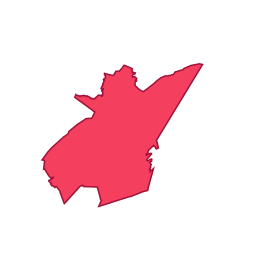 outline of San Luis Amatlán, Oaxaca, Mexico, rotated 48°
{"feature_id": "50627088B42859647725338", "entity_name": "San Luis Amatlán", "entity_type": "district", "adm_level": 2, "iso_a3": "MEX", "parent_name": "Mexico", "parent_adm1": "Oaxaca", "projection": "equal_earth", "projection_center": [-96.504, 16.471], "detail": "fine", "context": "isolated", "style": "filled", "palette": "rose", "viewbox_px": 256, "rotation_deg": 48, "n_neighbors": 0, "source": "geoboundaries", "source_scale": "gbopen_adm2", "svg_char_len": 5463}
<svg xmlns="http://www.w3.org/2000/svg" viewBox="0 0 256 256"><g transform="rotate(48 128 128)"><path d="M80.4,121.2L80.9,121.7L81.2,121.7L81.7,121.5L82.1,120.3L82.3,120.1L82.8,120.4L82.9,120.5L82.6,121.0L82.4,121.4L82.2,121.8L82.6,122.6L82.9,122.8L83.4,122.4L83.6,122.2L83.9,122.2L84.3,122.6L84.4,122.8L84.9,123.3L85.4,123.5L85.6,123.7L85.7,123.9L85.8,124.1L85.7,124.4L85.9,124.7L86.4,124.8L86.8,124.9L87.0,125.1L86.9,125.9L86.8,126.3L86.7,126.4L86.1,126.2L85.8,126.2L85.4,126.4L85.2,126.8L84.0,127.7L83.7,128.0L83.8,129.4L83.9,130.5L83.8,131.2L83.7,131.5L83.8,131.8L83.7,132.3L83.8,132.6L83.9,133.0L83.9,134.0L83.3,134.1L82.9,134.2L82.4,134.6L82.3,135.0L81.9,135.4L81.6,135.7L81.3,135.7L81.2,135.5L80.8,136.1L80.7,136.2L80.0,136.0L79.8,135.8L79.6,135.9L79.4,136.0L79.2,136.1L78.8,136.1L78.6,136.1L78.3,136.2L78.0,136.6L77.9,136.5L77.7,136.6L77.5,137.1L77.4,137.2L77.1,137.4L76.9,137.4L76.6,137.1L76.5,137.3L76.3,137.7L76.0,137.9L75.6,138.1L75.3,138.4L75.0,138.4L74.9,138.5L74.7,138.8L74.3,139.0L74.0,139.3L74.2,139.6L73.7,140.0L73.4,140.5L73.3,140.8L72.9,141.0L72.3,142.0L72.4,142.3L72.4,142.6L72.2,142.6L71.8,142.5L71.7,142.5L71.5,142.9L71.0,143.4L70.4,143.3L69.7,143.8L69.4,144.2L69.2,144.6L68.8,144.6L68.7,144.7L68.4,144.6L69.6,147.0L72.6,146.4L75.2,145.9L82.9,144.2L83.2,144.2L83.6,144.1L85.3,143.7L85.9,143.6L88.4,143.1L88.7,143.0L90.8,142.6L91.9,142.5L93.9,141.9L94.4,143.3L95.6,146.1L96.6,148.4L95.1,150.2L94.9,150.4L93.1,152.7L92.9,153.3L92.7,155.3L92.5,156.6L92.2,158.4L92.0,159.6L91.5,163.2L91.4,163.6L91.5,163.7L91.4,164.4L91.0,174.2L92.0,176.0L92.1,177.3L92.1,177.8L92.1,178.3L92.0,178.9L92.0,179.5L92.0,179.8L91.8,180.1L91.8,180.6L91.6,181.0L91.6,198.3L92.1,202.7L92.1,203.2L92.2,203.8L92.4,204.4L92.5,205.1L92.6,205.7L92.7,205.9L94.1,212.8L94.2,213.2L94.3,213.1L94.4,212.6L94.5,212.5L95.1,212.4L95.1,212.5L95.2,212.8L95.2,213.3L95.3,212.9L95.2,212.4L95.3,212.3L95.4,212.1L95.7,212.0L96.0,211.9L96.5,212.0L97.3,212.4L97.8,213.1L97.9,213.5L102.2,218.3L102.5,217.7L102.8,217.3L104.7,217.9L105.5,217.9L106.5,218.2L110.9,218.9L113.5,218.9L113.6,218.5L114.0,218.2L114.1,217.7L114.2,217.2L114.3,216.8L114.6,216.6L114.9,217.6L115.0,218.2L115.0,218.9L114.9,219.5L114.8,220.1L114.4,220.9L114.0,222.0L114.6,222.4L116.4,222.4L117.0,222.1L117.7,222.1L117.9,222.9L118.9,223.0L119.0,223.1L119.3,223.2L119.4,223.3L119.6,223.3L119.6,223.2L119.8,223.2L120.1,223.0L120.3,222.9L120.5,222.8L120.7,222.6L120.8,222.6L121.1,222.4L122.0,222.4L122.3,222.3L122.5,222.2L122.7,221.9L123.0,222.0L123.4,222.0L123.4,221.3L123.4,220.9L123.4,220.6L123.5,220.4L129.5,220.8L130.1,221.4L141.4,225.9L141.6,225.9L140.2,212.0L139.8,207.8L139.2,203.0L140.1,200.1L141.7,200.3L151.3,190.3L158.1,193.7L161.5,195.5L162.5,196.1L164.0,196.4L166.7,202.2L171.7,191.4L172.0,190.4L179.8,173.3L180.1,172.8L180.3,172.4L180.9,171.5L181.9,168.7L185.4,159.3L186.6,157.1L187.0,156.2L187.3,155.4L187.6,155.2L187.4,154.7L187.1,154.8L175.2,136.2L175.2,140.4L175.0,140.1L174.8,139.8L174.6,139.7L174.2,139.5L174.0,139.4L173.8,139.8L173.5,139.8L173.1,139.7L172.8,139.4L172.8,139.2L172.7,138.2L172.6,137.9L172.4,137.7L172.3,137.4L171.3,136.6L171.0,136.1L170.9,135.9L170.9,135.6L170.9,135.4L170.7,135.1L167.9,135.0L168.1,134.0L168.3,133.4L168.5,132.9L168.5,132.6L168.4,132.5L168.2,132.3L167.8,132.1L167.6,131.9L167.3,131.4L167.1,131.1L166.8,131.2L166.6,131.5L166.4,132.1L166.2,132.5L166.0,133.6L166.0,134.1L165.8,134.5L165.6,134.9L165.3,135.6L164.0,135.3L163.0,127.8L162.7,127.7L162.1,127.9L161.8,128.2L161.6,128.6L161.5,129.0L161.2,130.0L160.8,131.0L160.7,132.0L160.6,132.3L160.5,132.5L160.4,132.6L160.2,132.6L159.8,132.0L159.6,131.4L159.6,130.9L159.6,130.3L159.7,130.2L159.6,129.8L159.5,129.5L159.4,129.3L159.1,129.1L158.6,128.5L158.6,128.2L158.5,127.9L158.3,127.3L158.1,120.7L158.7,121.0L159.0,120.9L159.4,120.5L159.8,120.4L160.1,120.3L160.3,120.4L160.6,120.6L161.0,120.8L161.6,120.9L162.0,121.0L162.3,121.0L162.6,120.9L162.7,120.7L162.7,120.2L162.8,119.7L162.9,119.1L163.0,118.8L163.1,118.7L159.6,116.8L157.3,115.5L157.1,115.5L156.2,115.1L130.7,30.1L128.1,32.0L123.7,39.3L121.4,46.1L121.3,46.4L121.2,46.7L121.3,47.0L121.4,47.3L121.4,47.6L121.6,47.8L117.9,55.5L118.6,58.4L117.8,59.8L117.6,60.3L117.4,60.8L117.3,61.4L117.0,61.7L116.6,62.1L116.4,62.5L116.4,63.1L116.1,63.5L115.7,64.0L115.3,64.2L115.0,64.5L114.7,65.0L114.3,65.3L114.1,65.8L113.9,66.2L112.7,70.0L112.2,74.7L112.3,78.7L111.8,86.3L111.7,87.5L111.2,92.4L107.3,93.8L106.2,93.9L105.6,94.0L104.4,94.1L102.8,94.2L101.4,94.3L100.0,93.3L98.6,92.1L98.7,90.8L98.7,90.1L97.5,90.4L97.7,89.6L97.1,88.9L97.2,88.5L96.5,88.4L94.9,88.9L94.4,88.6L94.4,89.1L93.7,89.5L92.9,90.5L91.5,88.8L92.4,86.6L92.0,85.7L91.1,86.3L90.9,86.6L90.6,86.8L90.4,87.1L89.8,87.2L89.4,87.5L89.0,86.7L88.7,86.8L87.9,86.6L87.5,86.2L87.2,85.9L87.2,85.5L87.1,85.4L86.8,85.1L78.7,88.8L78.7,88.7L79.5,92.2L79.9,96.4L77.7,99.1L78.0,99.7L78.1,100.2L78.3,100.7L78.6,102.0L79.0,102.4L79.1,102.9L78.9,103.4L78.7,104.3L72.1,108.7L71.7,108.8L71.6,109.3L71.4,109.5L71.5,109.4L71.8,109.5L72.2,109.2L73.0,109.2L73.3,109.8L73.5,110.0L73.9,109.9L74.8,110.5L75.3,111.2L75.6,111.3L75.8,111.6L75.8,111.9L75.8,112.3L75.4,113.0L75.4,113.4L75.5,113.8L76.1,114.1L76.2,113.9L76.4,113.8L76.7,113.6L76.9,113.6L76.9,113.8L76.8,114.2L76.9,114.5L77.1,114.6L77.2,114.8L77.4,115.2L77.6,115.5L78.0,116.1L78.2,116.6L78.2,117.1L78.3,117.1L78.9,117.8L79.1,117.7L79.3,117.8L79.4,118.0L79.3,118.8L79.5,119.1L79.8,119.1L79.9,119.3L80.0,120.3L80.1,120.6L80.4,121.2Z" fill="#f43f5e" stroke="#9f1239" stroke-width="1.5"/></g></svg>